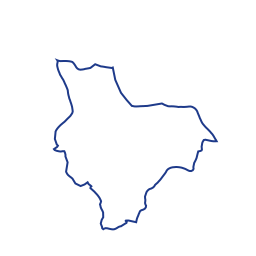 Mustaba, Hajjah, Yemen (Mercator projection), rotated 67°
{"feature_id": "15242507B50063200488288", "entity_name": "Mustaba", "entity_type": "district", "adm_level": 2, "iso_a3": "YEM", "parent_name": "Yemen", "parent_adm1": "Hajjah", "projection": "mercator", "projection_center": [43.275, 16.274], "detail": "fine", "context": "isolated", "style": "outline", "palette": "blue", "viewbox_px": 256, "rotation_deg": 67, "n_neighbors": 0, "source": "geoboundaries", "source_scale": "gbopen_adm2", "svg_char_len": 3759}
<svg xmlns="http://www.w3.org/2000/svg" viewBox="0 0 256 256"><g transform="rotate(67 128 128)"><path d="M138.3,58.0L138.0,58.1L136.4,58.6L135.0,59.5L133.7,60.6L132.7,61.9L132.1,63.4L131.6,65.1L131.1,66.6L130.5,68.3L129.7,70.0L128.9,71.8L128.4,73.3L127.5,74.7L126.6,76.3L125.7,78.0L125.0,79.5L124.4,81.1L123.6,82.6L120.9,85.4L118.9,87.0L118.7,87.2L115.6,100.1L115.2,101.7L114.5,103.5L113.9,105.2L113.2,107.0L112.5,108.9L112.0,110.4L111.3,112.2L110.6,113.7L109.6,115.1L109.2,115.8L101.7,118.3L92.9,120.7L78.7,120.9L77.7,120.7L66.4,118.4L66.4,119.5L65.5,121.0L64.6,122.5L63.4,124.5L62.4,126.0L61.4,127.6L60.7,128.9L56.5,133.3L58.0,139.1L57.7,140.7L57.3,142.4L57.1,143.3L56.9,144.0L56.7,145.6L56.3,147.2L55.7,149.1L54.7,150.5L53.4,151.4L51.9,151.9L50.3,152.1L48.6,152.4L47.0,152.8L45.5,153.4L44.5,154.6L43.6,156.0L42.8,157.5L42.0,159.1L41.3,160.7L40.7,162.3L40.1,163.9L39.3,165.2L38.3,166.4L38.1,166.6L38.6,166.5L40.1,167.2L41.5,168.2L43.1,168.9L44.7,169.2L46.8,169.5L48.4,169.6L50.4,169.6L50.6,169.6L52.4,169.7L54.2,169.4L56.1,169.2L58.3,168.8L60.4,168.7L62.5,168.7L64.1,168.6L66.1,168.6L67.9,168.6L69.7,168.7L71.3,169.2L73.1,169.7L74.7,170.0L76.2,170.2L78.0,170.5L79.6,170.5L81.4,170.7L83.2,170.8L85.0,171.0L86.6,171.2L88.2,171.6L89.8,172.0L91.3,172.5L92.6,173.6L93.5,175.0L94.4,176.4L95.0,177.9L95.6,179.5L96.2,181.0L96.9,182.6L97.5,184.1L97.9,185.6L98.4,187.2L98.9,188.8L99.5,190.3L100.2,191.9L101.0,193.4L101.9,194.8L102.9,196.0L105.5,197.4L109.5,199.6L115.3,200.0L116.9,199.4L117.7,200.6L118.5,204.4L119.6,204.1L121.1,202.6L122.6,200.5L123.4,199.1L123.8,197.3L124.5,195.7L126.3,195.7L128.2,196.0L129.8,196.7L136.0,197.0L143.9,202.0L144.4,202.1L144.9,202.0L146.0,202.0L147.7,201.6L149.6,200.7L151.3,199.7L152.9,198.9L158.5,198.1L162.9,194.3L163.0,190.4L163.0,190.0L162.2,186.4L164.2,186.2L165.7,185.3L166.6,184.8L167.3,184.5L167.5,185.0L167.5,185.3L168.7,186.1L170.1,185.4L171.8,184.6L173.5,183.8L174.1,183.6L175.0,183.3L176.6,182.7L177.8,182.3L178.2,182.2L179.8,181.8L181.5,181.5L183.3,181.4L184.9,181.4L186.2,182.4L187.3,183.6L188.9,183.8L190.3,184.1L192.0,184.1L194.0,183.9L196.0,183.9L200.5,185.7L201.0,186.4L202.3,188.1L203.2,188.8L205.3,190.4L207.0,190.5L208.7,190.5L210.2,190.9L211.5,190.3L211.3,189.2L211.5,187.6L212.4,186.0L213.4,184.7L214.3,183.4L215.2,182.0L215.8,180.4L215.8,180.2L215.9,178.8L215.7,177.0L215.5,175.8L215.4,175.3L215.5,173.7L215.6,173.0L215.7,172.9L214.9,167.9L214.8,166.6L214.2,166.1L213.8,165.8L213.4,166.0L213.0,166.3L212.6,166.4L212.4,166.1L213.4,163.6L217.9,157.3L216.6,156.4L215.1,155.3L213.9,154.2L212.8,153.0L211.5,151.8L210.4,150.6L209.3,149.5L208.9,147.9L209.1,145.9L208.9,144.1L208.0,142.6L206.5,141.7L206.2,141.8L204.9,141.8L203.7,141.6L203.0,141.2L201.8,140.5L200.6,140.0L199.3,139.7L197.7,139.1L196.5,138.0L195.2,136.9L193.9,135.6L193.7,135.2L193.1,134.0L192.6,132.2L192.8,130.2L192.6,128.3L192.0,126.7L190.9,125.2L190.4,123.7L189.9,122.1L189.2,120.7L188.4,118.9L187.6,117.4L186.7,115.9L185.9,114.5L185.1,113.1L184.3,111.7L183.4,110.3L182.3,109.0L181.6,107.5L181.3,105.7L181.3,104.1L181.6,102.3L182.1,100.8L182.7,98.9L183.5,97.3L184.3,95.9L185.2,94.5L186.3,93.1L186.5,93.0L187.5,91.8L188.7,90.7L190.1,89.6L191.5,88.3L192.3,86.7L192.2,84.9L191.2,83.6L189.5,83.1L186.0,80.7L184.3,78.6L182.5,76.7L178.9,74.0L177.0,72.5L177.4,70.6L177.4,69.1L176.8,68.4L173.9,67.5L172.4,66.5L170.8,65.5L169.7,64.4L169.0,63.3L168.7,63.0L169.0,61.4L169.9,60.1L170.8,58.8L171.8,57.4L172.7,56.1L173.5,54.7L174.2,53.1L174.8,51.6L173.6,51.7L171.9,52.0L170.2,52.2L168.6,52.4L167.0,52.7L165.4,53.2L165.3,53.3L163.5,53.8L161.7,54.5L159.9,55.2L158.3,55.9L156.7,56.5L155.1,57.0L153.5,57.5L151.9,57.8L150.1,57.9L148.5,57.9L146.9,58.0L145.2,57.9L143.3,57.9L141.4,57.9L139.7,57.8L138.3,58.0Z" fill="none" stroke="#1e3a8a" stroke-width="2"/></g></svg>